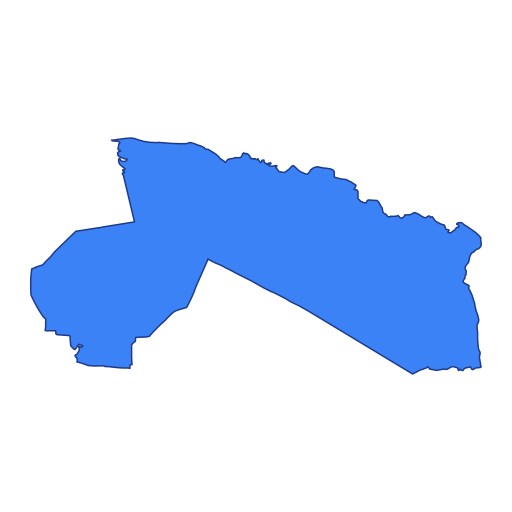 Aek Phnum, Batdâmbâng, Cambodia (Mercator projection)
{"feature_id": "14789045B18738075075755", "entity_name": "Aek Phnum", "entity_type": "district", "adm_level": 2, "iso_a3": "KHM", "parent_name": "Cambodia", "parent_adm1": "Batdâmbâng", "projection": "mercator", "projection_center": [103.494, 13.247], "detail": "fine", "context": "isolated", "style": "filled", "palette": "blue", "viewbox_px": 512, "rotation_deg": 0, "n_neighbors": 0, "source": "geoboundaries", "source_scale": "gbopen_adm2", "svg_char_len": 6076}
<svg xmlns="http://www.w3.org/2000/svg" viewBox="0 0 512 512"><path d="M111.8,140.2L112.2,140.8L118.3,141.4L119.4,142.0L119.9,142.6L119.6,143.2L119.0,143.6L118.4,146.7L118.0,148.1L118.0,148.7L118.1,149.5L118.8,150.0L120.5,150.5L120.5,151.0L118.7,151.6L117.6,152.9L117.9,155.2L118.7,156.1L120.9,157.4L122.3,157.8L125.0,159.0L126.5,159.0L127.1,159.2L126.6,160.4L125.8,161.1L124.2,161.4L122.6,161.4L121.3,160.8L120.6,160.2L119.7,158.4L119.2,158.4L118.6,159.5L118.6,160.8L118.9,161.7L118.9,162.7L119.8,164.3L122.6,166.9L125.0,168.7L124.7,169.5L122.9,169.8L122.8,170.8L123.1,171.2L124.7,172.2L124.6,172.6L123.2,172.9L122.4,173.5L122.6,174.4L123.3,175.0L134.5,221.9L103.4,226.9L102.8,227.1L75.8,231.3L54.8,251.6L50.2,257.2L46.4,260.8L42.7,264.9L37.2,266.6L31.7,269.0L30.8,277.5L30.7,288.7L31.0,294.9L32.5,298.3L36.6,306.2L39.0,310.3L42.6,315.9L44.1,317.7L45.5,318.7L45.8,320.0L45.6,322.7L45.7,326.3L45.2,330.4L46.7,330.9L50.7,330.7L53.6,330.8L55.5,330.7L55.8,331.8L55.9,333.9L57.1,334.7L69.5,335.6L70.1,336.7L70.1,339.1L70.7,345.5L71.5,346.8L72.8,347.9L74.0,349.4L75.0,349.4L76.5,347.7L78.6,344.3L82.7,345.6L82.4,346.7L81.5,347.3L79.5,346.4L78.7,346.7L79.1,348.0L79.2,350.4L77.0,354.2L75.5,355.0L75.0,355.7L75.5,356.7L76.6,357.7L77.2,359.4L77.2,360.8L77.0,361.9L81.8,363.2L88.1,365.5L89.2,365.6L94.6,366.0L103.6,365.8L105.0,366.5L108.3,366.6L117.4,367.6L123.1,368.0L128.2,368.0L129.8,368.3L130.0,366.0L130.3,364.7L132.0,364.5L131.6,357.8L131.6,344.8L133.4,342.8L135.4,341.3L135.5,338.3L135.8,337.4L146.7,336.9L149.4,336.3L153.2,331.9L160.5,324.5L163.3,322.1L165.8,319.7L168.1,317.2L172.9,312.6L175.3,311.0L178.9,309.7L186.2,307.6L187.0,306.9L191.5,297.8L194.3,291.3L195.5,287.8L197.2,283.8L206.7,262.3L208.0,259.0L209.7,260.1L215.7,263.1L219.2,264.5L222.9,266.2L225.4,267.7L229.6,269.7L236.7,273.5L252.1,281.3L264.3,288.2L271.2,291.6L274.2,292.8L278.2,294.8L285.4,298.5L290.7,301.8L299.3,305.9L308.6,311.2L412.6,374.0L420.6,369.8L422.7,369.4L424.3,368.6L424.9,368.5L426.5,367.8L427.9,366.8L428.4,367.1L428.7,367.7L429.8,369.1L436.9,370.4L439.4,369.8L443.9,369.1L446.2,369.4L447.4,369.1L448.5,368.6L449.6,367.8L450.8,367.2L451.8,366.8L453.1,366.6L457.3,367.8L457.7,368.1L458.0,369.5L458.6,370.4L459.5,369.9L460.0,369.3L461.0,370.1L462.3,370.5L463.0,370.4L464.1,368.9L465.1,368.1L470.3,366.9L470.9,367.7L471.6,369.0L472.3,369.5L472.8,369.6L473.5,369.3L474.8,368.4L476.2,367.9L480.7,367.4L481.1,366.7L480.5,364.6L480.5,363.3L480.1,361.9L479.8,359.6L479.4,357.8L479.7,356.1L479.5,355.2L480.1,354.2L480.0,352.2L478.7,349.4L478.3,347.8L477.6,339.4L477.6,332.5L477.1,328.0L477.1,326.5L477.1,324.7L478.4,322.3L478.7,320.7L478.7,319.6L478.3,317.7L477.6,314.7L476.2,311.1L474.9,305.6L474.7,303.9L472.1,295.3L470.5,291.6L468.7,288.6L468.7,287.4L469.1,286.3L469.0,285.7L468.0,284.9L467.0,284.7L466.1,284.0L464.7,283.4L463.4,282.3L463.2,281.5L463.4,280.4L465.1,277.9L464.8,277.1L465.0,275.9L465.9,275.0L466.0,274.5L466.2,271.3L466.0,270.3L465.3,269.1L465.0,267.9L465.4,266.5L466.8,264.4L468.5,262.4L468.8,261.4L468.8,260.4L469.3,259.7L469.4,259.1L469.4,257.9L470.3,255.3L471.4,253.5L472.0,252.8L473.7,252.0L476.0,249.7L476.9,249.2L478.6,248.7L480.6,246.7L481.3,244.7L480.6,238.9L480.9,238.0L479.7,236.3L475.5,232.4L466.5,226.1L465.5,225.7L461.9,222.9L461.2,222.6L460.6,222.5L457.6,223.0L457.1,223.4L456.7,223.8L456.8,224.3L458.3,225.1L458.7,225.8L458.9,226.8L458.5,227.1L456.9,227.4L456.2,227.7L455.9,228.6L454.4,230.3L453.4,230.8L451.0,232.7L449.8,232.8L448.4,232.6L448.0,232.3L448.0,231.8L448.5,231.4L449.0,230.1L448.1,229.7L446.1,229.3L445.7,229.0L445.5,228.6L444.8,225.9L444.0,224.9L441.2,224.2L437.3,222.2L435.4,221.0L432.2,216.7L430.4,217.2L429.6,216.2L428.9,215.9L428.3,216.1L426.0,217.6L425.0,217.8L422.9,216.9L420.6,215.6L418.7,214.1L418.1,214.0L415.2,212.7L414.2,212.6L410.5,214.6L407.7,214.9L405.5,214.8L404.8,215.0L403.9,216.7L403.1,217.5L402.6,217.8L401.4,218.1L400.9,218.1L400.2,217.8L399.7,217.4L399.1,216.5L397.9,215.5L396.5,216.2L396.0,216.3L395.5,216.1L395.2,216.4L390.8,216.3L389.6,216.7L389.2,217.1L387.9,216.6L387.5,216.3L386.2,214.5L385.7,214.1L384.7,213.8L383.3,212.8L382.8,211.6L382.1,207.8L381.3,206.8L379.7,203.8L378.5,201.9L377.1,200.5L369.9,200.1L369.1,199.9L368.0,200.1L367.2,200.7L366.4,202.1L366.3,202.6L365.6,202.8L363.4,202.6L361.7,201.5L360.6,201.4L359.4,199.9L358.4,199.2L358.0,198.6L358.0,192.6L357.8,191.0L357.0,190.0L354.9,189.6L354.2,189.3L355.7,186.4L355.9,185.2L351.4,182.2L346.0,179.5L341.4,179.0L335.7,177.6L334.6,177.1L334.2,175.7L334.3,172.3L334.2,171.8L333.7,170.7L332.7,169.8L330.9,169.0L326.2,168.2L323.8,168.1L317.6,166.8L316.0,167.0L313.5,167.9L312.0,168.8L311.5,169.5L310.7,169.8L309.7,171.6L308.4,173.3L307.5,174.0L306.6,174.1L305.3,173.8L300.6,171.8L298.3,170.1L294.1,166.1L293.5,165.7L292.8,165.7L292.2,166.0L291.4,166.5L289.3,169.0L285.0,172.2L284.0,172.4L282.1,172.2L279.3,171.6L278.6,171.2L278.2,170.7L276.9,168.6L276.0,167.9L275.8,167.4L276.9,166.1L276.7,165.6L275.0,165.7L272.4,166.2L270.6,166.1L269.0,165.7L268.9,164.9L269.2,164.5L270.7,163.9L271.0,163.5L270.8,163.0L270.2,162.9L268.6,163.2L268.0,163.5L267.2,164.6L266.5,164.2L266.2,163.5L264.9,162.8L264.0,161.7L264.1,160.8L263.9,160.1L263.4,160.0L261.9,160.4L261.6,161.5L261.0,162.3L260.4,162.5L258.6,160.0L258.1,159.7L258.2,159.0L257.6,158.9L257.2,159.5L256.7,159.7L256.2,159.6L255.2,158.7L254.7,158.6L254.0,159.1L253.6,158.7L252.3,158.8L251.8,158.5L251.0,158.7L250.4,157.3L249.8,156.9L249.9,156.3L248.7,155.0L248.6,154.6L247.3,153.8L246.8,153.9L246.4,153.6L246.0,153.8L245.6,153.5L244.9,153.7L243.9,152.9L243.6,153.4L242.7,153.6L241.5,156.7L240.4,157.5L238.3,157.8L236.0,157.6L233.9,158.0L233.1,158.5L229.5,158.9L227.7,159.6L226.3,161.4L225.3,162.4L223.8,161.0L220.2,158.6L219.4,157.8L218.8,156.7L215.8,154.1L209.4,150.1L208.1,149.4L205.7,149.1L205.1,148.8L204.4,147.8L201.4,146.2L196.9,144.7L194.8,143.8L190.2,142.5L186.0,143.7L179.6,143.7L171.3,143.4L159.8,142.5L159.0,142.3L158.4,142.5L155.6,142.6L149.7,142.3L143.7,141.4L137.2,139.5L134.5,138.5L130.9,138.0L125.4,138.4L120.8,139.1L116.6,139.5L115.8,139.8L111.8,140.2Z" fill="#3b82f6" stroke="#1e3a8a" stroke-width="1.5"/></svg>